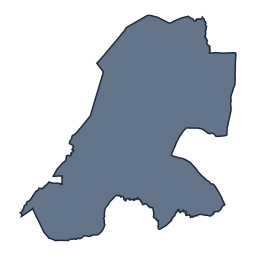 Kilindi, Tanga, United Republic of Tanzania (Mercator projection)
{"feature_id": "72390352B98761165374808", "entity_name": "Kilindi", "entity_type": "district", "adm_level": 2, "iso_a3": "TZA", "parent_name": "United Republic of Tanzania", "parent_adm1": "Tanga", "projection": "mercator", "projection_center": [37.598, -5.503], "detail": "fine", "context": "isolated", "style": "filled", "palette": "slate", "viewbox_px": 256, "rotation_deg": 0, "n_neighbors": 0, "source": "geoboundaries", "source_scale": "gbopen_adm2", "svg_char_len": 5875}
<svg xmlns="http://www.w3.org/2000/svg" viewBox="0 0 256 256"><path d="M21.3,216.6L31.9,209.3L32.6,208.4L36.3,216.6L38.1,219.9L43.5,231.4L44.6,233.0L46.0,234.5L48.9,238.2L50.6,238.5L55.4,240.6L59.2,240.3L68.4,240.5L69.8,239.5L71.5,239.0L72.5,239.2L75.1,238.9L75.5,239.2L76.5,239.3L77.1,238.7L78.1,238.2L79.4,238.7L81.2,238.2L84.1,235.8L87.2,235.9L87.7,236.3L88.6,236.4L89.7,236.3L93.7,234.8L97.2,234.9L98.4,234.4L100.6,232.6L102.4,230.3L104.1,227.2L104.5,225.8L104.8,224.3L104.2,222.9L104.3,220.8L104.1,219.5L103.6,218.5L104.6,216.6L104.3,213.7L104.7,210.7L105.1,208.7L105.8,207.4L107.9,205.1L109.8,201.6L111.8,199.8L115.5,195.8L116.8,195.3L118.2,195.9L119.0,195.7L119.6,195.3L119.9,195.7L120.3,195.8L120.3,196.4L120.9,197.1L121.3,197.1L122.1,196.3L123.2,196.6L123.7,197.5L123.7,198.2L124.0,198.3L123.7,198.8L123.9,198.9L124.0,199.8L124.9,199.9L125.4,200.7L125.8,200.8L126.6,198.8L126.9,198.6L127.6,198.6L127.9,198.5L128.3,198.8L129.1,198.7L129.3,199.8L130.0,200.0L130.4,199.2L131.9,199.8L132.9,199.5L133.1,199.7L133.5,199.4L133.9,200.2L134.1,200.4L134.6,199.9L134.5,199.0L135.0,198.9L135.4,199.5L136.3,199.5L136.9,198.4L137.3,197.8L137.7,197.8L137.9,198.6L138.4,198.6L138.6,198.8L138.5,199.3L139.0,199.3L139.1,199.6L140.6,200.1L140.9,201.5L141.4,201.4L141.6,201.5L141.5,202.0L142.4,204.0L143.0,204.7L144.1,204.3L145.3,203.5L145.8,203.5L146.2,203.7L146.5,204.5L147.6,205.1L148.8,206.7L149.2,206.7L149.4,206.6L149.7,206.7L150.1,207.0L150.2,207.6L150.5,207.8L151.6,207.4L152.9,208.0L152.8,208.3L153.1,209.1L153.1,210.2L153.7,211.5L153.5,212.1L153.7,212.8L153.8,214.3L153.4,216.5L153.6,217.3L153.7,217.6L155.5,218.4L156.4,219.9L156.8,219.8L157.0,220.0L157.1,220.7L158.4,220.9L158.5,221.5L158.1,222.5L158.3,223.0L158.4,224.7L157.9,225.9L158.2,226.8L158.3,228.6L159.0,229.2L159.4,229.3L160.2,229.0L165.8,225.7L171.1,220.9L171.5,220.2L171.6,219.3L172.6,218.3L173.2,216.8L174.8,215.7L174.8,214.7L175.2,214.0L175.7,213.6L175.9,213.2L175.9,212.5L176.3,212.4L176.4,211.9L176.6,211.9L176.9,211.2L177.3,210.9L178.0,209.6L178.4,209.6L178.3,210.2L178.5,210.4L178.8,210.4L178.5,210.7L178.8,211.0L178.8,211.4L180.1,212.4L180.2,212.0L180.4,212.1L180.4,211.9L181.6,211.7L182.6,211.2L183.3,210.2L183.7,210.7L183.7,211.7L185.4,211.7L186.2,212.0L185.9,212.3L186.0,212.9L185.3,213.5L185.9,213.9L186.0,214.6L185.9,215.3L187.5,215.3L188.0,214.7L188.4,214.9L189.4,214.9L189.6,215.4L190.2,215.9L190.5,216.5L190.3,217.1L190.5,217.5L190.8,217.3L190.9,216.4L191.6,216.4L191.6,217.0L191.8,217.0L192.3,216.5L192.7,217.0L193.1,216.8L193.4,217.0L194.5,215.8L195.8,216.1L196.1,216.0L195.7,215.7L198.5,214.9L199.7,214.3L200.4,214.3L201.6,214.6L203.0,214.6L204.5,215.2L207.4,215.3L209.9,216.0L210.8,216.0L211.3,215.0L212.6,214.8L212.6,214.3L213.0,213.7L213.4,213.9L213.7,213.7L213.5,213.2L213.7,212.7L214.1,212.5L214.3,211.9L214.8,212.0L215.4,211.6L216.1,211.5L218.4,211.6L219.4,210.5L220.5,209.8L222.5,206.3L223.5,205.4L224.8,204.9L224.1,203.3L223.8,202.9L223.7,202.2L222.4,199.8L222.0,198.3L218.8,192.2L215.1,186.3L213.4,184.2L211.0,183.9L208.9,181.5L206.1,179.8L205.2,178.7L201.9,175.9L198.4,172.1L195.9,168.7L190.1,162.3L186.3,160.3L186.3,160.1L182.8,158.5L179.9,158.0L174.1,156.4L172.2,155.6L171.6,155.1L171.6,154.6L172.2,152.4L172.7,151.8L173.9,148.4L174.0,148.3L175.0,146.3L176.2,142.8L179.5,136.7L183.3,131.1L186.0,128.2L186.5,128.0L198.5,128.1L200.3,128.7L201.9,128.9L206.9,132.1L208.2,133.4L210.2,133.7L211.8,133.1L212.9,133.4L214.9,134.8L215.6,136.1L215.9,136.3L219.6,136.3L223.9,135.8L226.4,135.4L226.9,134.9L227.1,127.6L227.3,127.3L227.5,126.7L229.0,119.4L230.8,111.5L231.1,109.0L230.6,103.7L230.6,102.7L231.1,101.4L230.9,100.3L231.1,99.7L230.8,96.9L231.9,93.2L233.2,89.5L233.6,87.6L234.9,84.8L235.2,78.6L235.0,72.6L235.3,70.0L235.3,64.2L235.8,56.0L235.6,52.8L228.7,52.9L223.5,53.2L215.8,52.6L210.5,53.2L209.3,52.9L209.3,52.1L209.9,51.8L209.8,51.0L210.2,50.0L209.9,49.6L210.1,49.5L209.9,48.8L209.3,48.2L209.2,47.7L209.9,47.0L210.0,46.6L209.0,45.5L207.5,44.6L206.9,43.6L207.0,42.1L206.8,41.9L207.0,41.0L207.4,40.6L207.2,40.0L206.1,39.3L206.3,38.8L205.7,37.9L205.8,37.7L205.0,37.2L204.7,36.1L204.9,35.7L205.4,35.8L205.4,34.2L205.7,34.1L205.8,33.3L205.6,32.8L205.7,32.4L205.3,31.5L205.4,30.8L206.1,29.8L206.2,29.2L205.9,28.5L206.3,28.0L206.2,27.1L206.6,26.7L206.0,26.3L206.0,25.7L205.3,24.3L205.6,24.2L205.9,23.4L205.4,22.3L205.4,21.7L204.8,21.5L204.3,20.7L204.5,20.4L204.1,19.1L203.9,18.9L203.2,18.9L202.9,18.2L202.8,17.4L202.2,17.0L202.1,18.2L201.7,18.8L201.1,19.0L200.4,18.9L200.1,19.3L199.1,19.1L199.0,18.9L198.6,19.2L198.1,19.0L197.7,19.2L197.5,18.9L197.2,18.9L196.5,19.2L196.4,19.7L195.9,19.8L195.7,21.1L194.8,21.2L194.2,21.0L193.3,19.3L192.8,19.1L192.2,18.5L191.5,18.5L189.8,17.7L189.3,17.4L189.0,16.7L188.3,16.3L181.6,17.9L174.7,20.8L170.3,23.1L168.5,22.8L157.6,17.3L150.4,15.4L147.5,15.4L126.3,27.6L124.6,30.5L120.1,36.0L120.2,35.9L101.6,58.1L96.8,63.2L103.0,71.4L103.0,73.4L90.3,115.9L81.0,127.5L78.4,130.3L76.3,133.1L74.8,134.2L72.4,135.6L72.2,135.9L71.5,138.6L71.1,139.6L69.7,141.3L69.4,143.3L69.8,143.8L71.8,144.7L73.5,146.5L73.4,147.0L72.0,149.5L72.1,149.8L73.6,150.3L73.8,150.4L73.7,150.6L72.6,151.9L70.9,153.1L70.9,153.7L71.5,154.2L71.2,154.7L70.8,154.9L70.3,156.0L70.0,156.1L69.7,155.7L68.5,155.2L67.0,155.6L66.3,156.2L66.2,158.7L65.1,161.2L63.0,162.6L58.9,167.3L57.4,168.8L53.2,176.2L55.9,176.3L58.2,175.9L60.5,176.1L62.2,175.9L62.0,177.3L62.0,184.3L61.0,184.3L61.3,183.6L59.9,183.6L57.7,183.2L53.0,183.2L51.5,182.8L51.1,182.6L50.4,182.6L49.1,181.9L47.4,183.9L46.1,185.1L44.9,185.9L43.9,187.1L43.3,187.5L42.1,188.8L41.4,188.5L38.9,188.2L38.3,190.1L37.3,190.4L35.7,191.6L35.2,192.2L34.0,194.7L32.7,195.9L32.4,196.7L29.7,200.6L28.1,201.4L27.2,201.5L26.4,203.0L26.6,203.7L26.5,204.4L25.7,204.5L24.8,205.3L24.2,206.0L23.5,209.0L22.3,210.4L22.1,211.6L21.1,212.4L20.2,212.6L20.4,213.0L21.4,213.5L22.0,214.7L21.4,216.0L21.3,216.6Z" fill="#64748b" stroke="#1e293b" stroke-width="1.5"/></svg>